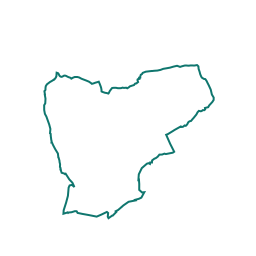 Arusha Urban, Arusha, United Republic of Tanzania, rotated 249°
{"feature_id": "72390352B90906351205470", "entity_name": "Arusha Urban", "entity_type": "district", "adm_level": 2, "iso_a3": "TZA", "parent_name": "United Republic of Tanzania", "parent_adm1": "Arusha", "projection": "mercator", "projection_center": [36.69, -3.448], "detail": "fine", "context": "isolated", "style": "outline", "palette": "teal", "viewbox_px": 256, "rotation_deg": 249, "n_neighbors": 0, "source": "geoboundaries", "source_scale": "gbopen_adm2", "svg_char_len": 3587}
<svg xmlns="http://www.w3.org/2000/svg" viewBox="0 0 256 256"><g transform="rotate(249 128 128)"><path d="M205.2,81.2L204.2,80.7L203.6,80.5L203.5,80.4L203.0,80.2L202.7,80.0L201.8,79.6L201.6,79.2L201.0,78.8L200.6,78.1L200.3,77.6L200.0,77.2L199.8,76.8L199.7,76.5L199.9,76.5L199.7,75.9L199.2,73.7L198.9,71.6L197.8,67.9L196.5,66.2L194.9,65.3L193.6,64.8L193.2,64.5L192.8,64.2L192.6,63.7L192.4,63.2L192.1,63.1L189.1,62.5L189.1,62.3L185.0,61.5L180.7,59.6L179.3,57.9L174.8,56.2L171.0,55.5L167.9,55.9L159.5,55.7L154.9,55.2L151.0,53.3L150.3,53.7L148.1,53.0L144.8,52.2L144.5,52.1L143.3,52.0L142.8,51.8L142.2,51.5L142.2,51.8L139.4,51.9L137.4,52.1L134.2,52.5L129.3,53.4L126.9,52.8L125.5,52.4L125.3,52.6L122.1,52.3L120.7,51.9L118.5,51.6L116.0,50.5L115.2,50.7L113.6,50.1L113.5,50.4L112.1,50.1L110.0,50.0L108.3,52.2L107.6,52.6L107.7,53.4L101.0,54.8L96.8,56.5L92.1,56.8L95.0,55.3L95.3,52.9L93.6,51.2L86.2,47.6L80.4,43.4L74.3,38.5L71.1,37.0L70.9,39.8L70.9,41.3L70.2,41.6L70.4,42.2L69.6,45.1L69.4,48.5L68.7,50.2L66.8,50.5L64.1,54.7L60.9,60.0L56.5,67.0L56.7,72.1L57.2,78.2L55.8,79.0L52.4,77.3L50.8,77.5L51.9,81.9L51.7,82.4L53.8,87.0L54.7,86.7L55.0,89.4L57.4,96.0L58.9,102.1L57.7,109.1L58.4,108.9L58.0,112.8L58.2,115.5L62.2,120.2L62.8,118.0L66.2,116.3L71.6,118.4L75.8,119.7L75.8,119.1L80.9,121.5L85.6,126.5L87.7,132.3L87.9,132.8L87.8,134.5L86.6,135.6L87.9,136.3L87.2,138.0L89.1,138.9L89.9,141.6L89.9,143.1L90.5,145.3L91.9,147.8L91.0,150.3L91.0,152.8L90.1,154.0L88.9,161.0L89.3,162.6L98.0,161.7L106.1,161.3L108.0,161.2L108.0,163.0L109.1,168.9L109.5,170.8L110.5,177.7L110.0,177.7L109.5,179.3L109.5,180.2L110.1,181.7L109.4,182.5L109.4,183.1L109.7,183.5L110.1,184.5L111.3,185.8L111.9,186.6L112.2,187.9L112.0,189.4L113.1,191.3L113.8,192.7L116.1,196.7L117.7,198.5L118.6,200.3L117.5,202.0L117.5,203.1L117.9,204.2L117.3,205.5L117.7,206.7L119.1,207.0L118.9,208.8L118.7,210.3L120.0,211.9L122.1,216.1L123.5,218.0L125.7,218.9L129.2,218.3L134.2,219.0L138.9,218.7L141.6,218.4L143.9,218.2L145.9,217.7L146.7,216.4L148.4,215.1L149.5,214.8L152.3,214.7L155.0,215.0L157.9,215.1L160.3,215.8L161.7,215.2L162.0,215.0L162.5,212.4L163.9,209.1L164.4,207.0L165.6,204.5L166.0,203.2L166.3,200.4L166.4,198.5L168.5,196.1L169.0,192.5L169.3,188.8L170.0,185.1L170.6,182.1L170.6,179.2L171.1,176.0L172.0,173.1L172.6,170.8L172.7,170.7L174.2,164.8L174.2,161.5L173.3,160.3L173.1,159.0L171.8,158.0L171.7,157.9L171.2,157.5L170.8,157.3L170.5,157.4L170.4,157.1L170.6,156.9L170.8,156.7L171.0,156.4L170.8,156.2L170.6,156.2L170.4,156.2L170.1,156.1L169.8,156.1L169.9,155.6L170.1,155.1L169.9,154.6L169.9,154.4L169.4,154.0L168.9,154.0L167.3,153.9L167.1,153.3L167.0,152.8L166.8,152.3L166.6,151.9L166.7,151.5L166.8,151.2L166.9,150.8L166.7,150.2L166.4,149.7L166.0,149.1L166.0,147.9L166.1,147.3L166.1,146.4L166.2,144.7L165.8,143.7L165.5,142.6L165.5,141.7L165.4,141.5L165.5,141.4L165.9,141.0L166.3,140.7L166.5,139.8L166.7,139.1L167.0,138.4L167.2,138.0L167.6,137.5L167.7,135.8L168.2,134.3L168.8,132.8L169.9,131.1L170.6,129.2L170.9,128.1L171.0,127.4L170.4,126.4L169.1,124.3L168.0,123.1L167.3,122.3L167.2,121.9L167.9,121.2L168.6,120.1L169.1,119.2L170.0,118.1L171.0,116.9L171.6,116.4L173.0,116.9L175.0,117.3L176.6,117.4L179.5,117.4L181.4,117.3L181.7,117.3L181.8,115.8L182.0,113.6L182.0,111.7L182.2,110.1L183.3,109.5L185.3,108.1L187.2,106.1L189.0,104.1L190.7,102.2L192.6,100.6L193.7,99.1L194.7,96.5L194.7,94.6L194.5,93.7L194.4,92.8L195.0,92.7L195.9,91.8L196.7,90.8L197.6,89.9L198.7,89.0L199.3,88.3L199.8,87.2L199.6,85.8L199.5,84.7L199.7,84.0L200.6,83.1L201.8,82.7L203.3,82.6L203.8,82.5L204.3,82.3L205.2,81.2Z" fill="none" stroke="#0f766e" stroke-width="2"/></g></svg>